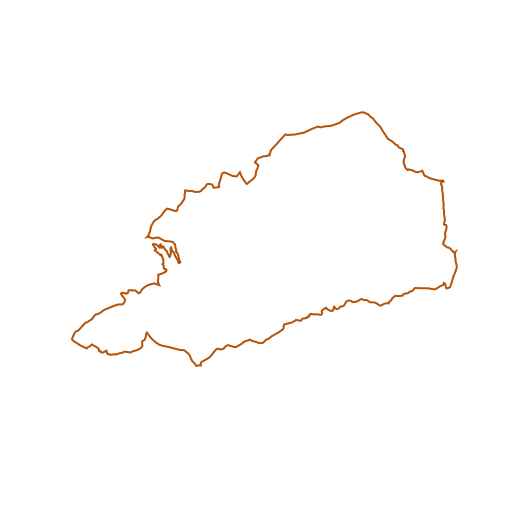 Rachitova, Hunedoara, Romania, rotated 338°
{"feature_id": "2599482B89503985313378", "entity_name": "Rachitova", "entity_type": "district", "adm_level": 2, "iso_a3": "ROU", "parent_name": "Romania", "parent_adm1": "Hunedoara", "projection": "mercator", "projection_center": [22.734, 45.618], "detail": "fine", "context": "isolated", "style": "outline", "palette": "amber", "viewbox_px": 512, "rotation_deg": 338, "n_neighbors": 0, "source": "geoboundaries", "source_scale": "gbopen_adm2", "svg_char_len": 6114}
<svg xmlns="http://www.w3.org/2000/svg" viewBox="0 0 512 512"><g transform="rotate(338 256 256)"><path d="M439.9,333.8L440.0,332.2L441.3,328.2L442.8,326.7L440.9,327.1L438.8,321.8L437.6,320.2L436.6,319.8L434.4,316.1L434.0,314.8L434.7,314.0L434.6,313.8L437.4,311.1L438.5,309.8L439.4,307.6L439.2,307.1L440.2,304.9L442.0,303.2L442.5,302.1L443.4,301.0L443.7,300.1L443.8,298.4L442.8,297.8L442.1,297.0L444.4,293.6L445.1,292.0L445.7,288.6L447.5,283.7L447.6,281.9L448.9,279.7L449.3,278.5L450.7,273.3L451.5,271.7L451.7,270.2L452.4,268.8L453.2,264.7L454.3,262.2L454.6,260.6L454.5,258.3L455.5,257.2L457.0,257.0L457.1,257.3L457.7,257.4L457.9,256.3L455.2,255.2L455.2,255.6L448.1,250.5L445.4,248.1L443.9,245.9L442.6,245.1L442.1,243.4L442.3,242.4L442.1,239.2L441.2,239.4L436.6,238.7L435.2,237.6L432.6,234.7L430.0,232.9L429.4,232.8L428.9,233.2L428.4,232.7L427.8,230.8L427.6,229.0L427.6,228.4L428.0,227.8L427.9,227.1L427.6,226.8L427.8,224.7L428.6,223.9L428.6,222.7L431.2,219.9L431.6,219.8L432.2,214.5L431.6,213.8L432.2,213.1L432.2,212.0L429.6,209.5L429.2,208.9L428.8,207.3L428.9,206.7L427.5,205.5L424.9,200.4L422.1,196.6L421.3,191.7L420.3,187.7L419.7,182.9L417.3,177.1L415.9,171.9L415.4,171.5L414.6,170.4L413.1,166.8L412.4,165.9L411.2,165.1L410.8,164.1L408.8,162.8L407.4,162.3L400.0,161.6L393.9,161.8L388.2,162.5L382.8,163.9L374.5,163.4L367.7,161.5L363.8,160.8L361.9,159.2L355.9,159.1L346.7,159.6L337.2,157.8L330.8,155.7L328.7,154.3L310.3,163.1L309.6,163.4L307.4,166.2L306.8,166.2L306.4,166.7L306.3,167.7L302.7,167.1L299.6,166.2L297.5,166.4L295.0,166.0L293.2,166.8L290.1,168.8L292.2,172.8L290.1,175.5L289.0,176.3L287.5,177.9L286.1,180.8L284.9,181.9L282.8,183.2L274.4,185.8L273.1,181.0L272.4,176.7L272.5,172.3L268.2,174.9L266.9,174.5L264.3,173.0L259.4,167.9L257.7,166.6L255.4,166.9L254.6,167.6L252.4,170.9L248.4,175.6L247.5,178.2L242.6,177.1L242.3,176.8L242.2,174.2L241.7,173.0L239.1,171.3L237.5,171.1L233.1,173.8L231.4,173.9L229.4,175.1L227.4,175.2L223.6,173.9L221.2,171.7L218.3,170.7L214.9,168.6L214.0,170.6L212.4,173.0L212.0,174.6L210.6,176.5L204.9,180.2L202.6,180.7L200.4,183.6L199.6,184.3L198.8,184.5L197.2,183.4L193.5,180.3L191.4,178.8L191.0,178.8L187.7,180.2L183.3,183.1L178.1,184.7L175.7,185.0L174.0,185.9L169.9,189.1L166.6,194.1L165.6,194.6L164.7,196.1L162.0,197.6L163.1,197.7L164.1,198.3L165.6,200.1L166.8,201.0L170.7,201.7L172.5,202.4L177.0,207.9L182.0,210.4L184.3,212.0L184.6,213.7L185.2,214.4L185.0,216.4L184.4,218.1L184.4,220.3L183.6,221.7L184.3,225.1L183.4,230.8L183.4,232.0L183.7,233.2L183.6,233.4L182.0,233.8L181.6,233.4L181.8,231.9L181.6,228.7L181.0,225.4L181.2,223.2L181.1,221.9L180.1,219.5L180.5,216.2L180.1,216.2L179.3,217.4L178.9,219.9L178.4,221.2L177.2,222.5L176.4,224.0L175.5,224.4L175.3,223.3L175.4,222.0L175.0,220.0L175.3,218.7L173.7,214.5L173.9,213.4L173.7,212.4L173.0,212.1L171.8,213.1L171.4,213.1L171.2,212.8L171.2,212.2L171.9,210.9L171.9,209.5L171.5,209.5L170.3,210.5L169.5,211.6L168.4,208.7L166.5,206.9L165.0,206.4L164.6,206.7L164.5,207.2L165.0,208.1L165.2,209.5L166.1,211.7L165.8,212.2L164.5,212.4L164.3,212.7L164.3,213.1L165.4,214.5L165.8,215.8L166.9,217.4L167.7,219.4L168.5,219.1L168.8,219.4L168.6,225.2L167.4,228.0L166.3,228.5L166.8,230.6L166.6,231.2L165.9,232.3L166.5,234.3L167.5,234.4L167.8,234.9L167.2,236.4L166.4,236.8L161.1,237.1L158.4,236.7L157.0,240.2L155.3,243.4L155.4,246.8L151.4,243.3L145.8,242.5L141.7,243.0L138.1,244.1L135.0,246.3L133.6,246.7L132.7,245.9L131.5,243.2L131.1,242.8L126.6,240.6L125.1,240.0L123.4,242.2L121.6,242.4L121.1,242.2L120.9,241.7L120.4,241.2L118.4,240.1L117.5,239.8L116.9,240.3L116.7,241.0L118.0,245.9L118.2,247.8L116.8,249.4L114.3,250.9L109.9,249.3L108.6,249.1L96.6,249.0L94.0,249.3L90.7,250.3L87.8,250.5L85.0,250.2L80.2,253.1L75.2,254.1L72.5,254.1L63.6,258.4L62.6,258.6L60.6,258.5L58.3,260.0L54.1,264.2L54.9,266.3L59.6,273.1L64.4,278.3L66.0,277.6L68.9,277.3L70.6,276.5L74.8,281.7L75.5,283.5L74.9,284.6L74.9,285.2L75.3,285.7L76.2,286.1L76.0,286.9L76.2,287.3L78.1,288.2L81.8,287.7L81.9,288.2L81.4,290.3L82.3,291.9L83.2,292.2L83.8,293.0L88.3,294.2L89.2,295.0L90.7,294.8L96.2,295.6L97.9,295.4L99.3,295.9L103.2,298.4L105.0,298.2L110.7,298.7L113.6,298.5L115.6,297.8L116.9,296.9L118.4,292.7L119.2,292.2L120.6,292.3L121.6,291.7L123.1,290.2L125.2,286.8L126.2,286.2L126.3,287.0L128.3,293.7L130.7,298.6L133.2,302.1L135.3,303.9L142.1,308.5L147.5,312.6L151.2,315.1L153.7,316.2L154.4,316.9L157.0,321.8L157.4,324.0L157.2,325.8L157.4,326.8L157.3,327.5L157.5,328.2L157.4,329.4L159.1,333.3L159.4,335.5L161.7,335.8L163.9,336.9L164.5,334.7L165.7,333.9L174.4,332.7L177.2,331.6L179.8,329.9L183.9,327.7L185.1,327.5L186.5,328.0L188.0,329.3L190.5,329.9L191.4,329.7L193.5,328.5L195.3,328.1L196.9,328.3L200.1,331.0L202.6,332.8L203.7,332.9L210.5,331.9L212.6,331.0L217.7,331.3L218.7,331.1L220.8,333.5L223.5,335.4L226.5,338.0L229.7,339.1L230.6,338.9L233.9,337.4L236.8,337.4L241.0,336.2L247.5,335.4L253.2,334.2L254.7,333.1L255.4,331.2L256.5,330.0L264.4,331.1L268.3,330.6L269.4,330.1L270.6,331.3L273.4,332.9L275.4,331.6L276.6,331.6L278.4,332.3L280.4,331.9L280.3,332.2L282.3,332.0L282.8,331.7L283.4,330.4L284.0,330.3L284.5,330.6L285.5,330.3L287.8,331.9L289.5,332.3L294.1,334.9L295.3,334.5L296.0,333.8L296.2,331.8L296.8,331.2L301.4,330.2L303.0,333.3L305.4,335.3L306.5,335.5L306.9,335.3L308.2,334.1L308.4,333.4L309.0,332.5L309.7,332.4L309.6,334.0L311.0,335.5L311.5,335.7L313.2,335.5L315.4,334.5L316.6,335.0L318.8,335.0L320.4,334.0L322.4,332.2L325.1,331.9L326.8,332.7L327.6,333.6L328.0,334.6L328.3,334.9L329.5,335.4L333.1,336.0L337.2,335.3L337.8,335.5L340.0,337.6L341.0,337.8L342.6,338.8L344.3,341.5L349.0,343.8L349.5,344.3L351.8,347.7L352.8,348.7L354.5,348.7L356.6,348.3L359.3,348.7L361.3,349.6L362.1,348.5L364.7,347.7L366.4,346.3L370.3,345.0L372.0,346.1L377.0,347.7L378.3,346.7L379.4,346.6L383.1,347.3L384.1,347.2L385.2,346.5L386.5,347.0L387.1,347.0L389.3,346.3L391.2,345.2L404.7,351.0L406.1,352.2L409.1,353.8L410.6,354.0L414.7,353.1L418.6,353.0L419.4,352.6L420.0,351.4L420.6,351.9L420.6,353.1L421.0,353.5L420.6,354.5L420.4,357.3L420.9,357.6L424.1,357.7L427.5,353.9L431.5,348.7L434.4,346.0L437.8,342.0L438.5,340.1L439.2,334.9L439.9,333.8Z" fill="none" stroke="#b45309" stroke-width="2"/></g></svg>